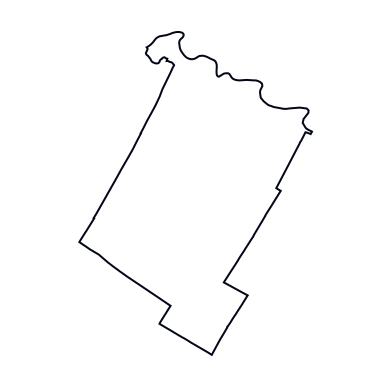 the district of Buesti, Ialomita, Romania, rotated 20°
{"feature_id": "2599482B7791464511961", "entity_name": "Buesti", "entity_type": "district", "adm_level": 2, "iso_a3": "ROU", "parent_name": "Romania", "parent_adm1": "Ialomita", "projection": "natural_earth1", "projection_center": [27.179, 44.521], "detail": "fine", "context": "isolated", "style": "outline", "palette": "ink", "viewbox_px": 384, "rotation_deg": 20, "n_neighbors": 0, "source": "geoboundaries", "source_scale": "gbopen_adm2", "svg_char_len": 4004}
<svg xmlns="http://www.w3.org/2000/svg" viewBox="0 0 384 384"><g transform="rotate(20 192 192)"><path d="M279.7,270.1L277.5,269.8L272.0,269.0L257.1,266.7L252.9,266.1L253.0,265.1L253.7,262.3L253.7,262.1L254.8,257.3L256.1,251.6L257.2,246.9L258.7,240.2L258.7,239.7L258.9,239.0L259.4,236.3L260.7,230.9L261.3,228.2L261.6,226.6L262.7,221.9L263.8,216.9L264.8,212.8L264.9,212.0L264.8,211.9L264.8,211.7L266.1,204.8L267.9,195.5L268.7,191.1L269.1,189.2L268.9,188.9L271.0,179.6L272.0,174.8L273.0,169.9L274.1,164.9L275.0,160.6L269.9,159.6L273.3,134.3L276.1,113.0L276.6,109.0L276.6,108.6L276.5,108.1L276.8,107.6L277.0,107.1L277.6,102.1L277.9,99.6L278.1,98.1L278.2,97.1L278.6,97.1L279.0,97.1L279.3,96.9L281.7,96.9L282.7,96.9L283.7,96.9L283.7,96.6L284.0,95.2L284.1,94.2L282.0,94.0L280.1,93.8L278.0,93.3L277.3,93.1L276.0,92.2L274.8,91.2L273.9,90.4L272.4,89.3L271.9,85.2L274.3,77.8L273.6,75.4L271.3,74.3L264.5,75.8L255.5,79.9L252.1,81.7L249.3,82.6L246.0,83.1L243.2,83.6L241.4,83.9L239.7,84.2L237.4,84.1L235.8,84.2L234.3,84.2L233.0,83.9L230.2,82.9L228.2,82.2L225.7,80.7L224.5,80.0L223.3,78.0L221.7,74.8L221.4,72.8L221.7,70.2L221.9,68.3L220.6,66.2L218.6,65.4L215.9,65.1L213.8,65.3L211.8,66.0L209.8,66.6L205.3,67.9L203.1,68.8L201.0,69.8L199.9,70.3L198.8,70.7L197.7,71.2L195.0,71.7L193.3,71.8L191.4,71.5L189.5,70.5L188.2,69.3L186.7,68.3L185.4,68.1L184.1,68.5L182.9,69.0L181.7,69.7L181.0,70.4L180.3,71.3L179.4,72.5L178.6,73.4L178.0,74.4L176.8,74.5L175.7,73.9L174.7,72.5L174.1,71.1L173.5,69.4L172.9,67.3L172.3,65.4L171.8,64.2L171.0,63.0L170.0,61.8L169.8,61.7L169.2,61.2L168.1,60.7L167.2,60.6L165.3,60.5L163.6,60.4L161.6,60.1L159.8,59.9L158.5,59.9L156.6,60.0L154.8,60.5L154.0,60.9L152.4,61.7L151.4,62.8L150.3,64.3L149.1,65.7L147.1,67.0L145.4,67.6L143.8,67.8L141.3,67.6L139.7,67.1L137.7,66.1L136.1,65.1L134.8,64.1L133.2,63.0L131.7,61.3L130.8,59.8L129.2,56.8L128.6,54.9L128.7,53.3L129.4,51.6L130.2,50.3L130.6,48.8L130.5,47.2L129.6,46.2L128.4,45.7L126.7,45.8L124.9,46.1L123.4,46.7L122.4,47.2L120.7,48.2L119.1,49.4L117.1,51.2L115.3,52.6L113.9,53.6L111.4,55.0L109.7,56.0L108.3,56.8L106.7,58.5L105.5,60.4L104.6,63.2L104.0,65.1L102.8,67.6L101.6,69.5L100.7,70.6L99.9,71.6L100.3,71.9L100.8,72.2L101.3,72.6L101.4,73.0L101.4,73.4L101.3,75.2L101.2,77.4L101.8,78.0L102.4,78.6L103.3,78.9L103.8,79.1L104.3,79.2L104.9,79.6L106.1,80.4L106.7,80.7L107.3,81.1L107.6,81.4L108.0,81.9L108.5,82.3L109.0,82.7L109.5,83.0L110.5,83.5L111.4,83.5L112.3,83.6L113.0,83.6L113.7,83.6L114.3,83.5L115.6,82.9L116.4,82.4L116.6,81.8L116.9,81.2L116.9,80.3L116.9,79.4L117.1,78.8L117.4,78.1L117.9,77.4L118.2,77.0L118.4,76.4L118.7,75.8L119.5,75.2L119.9,74.9L120.1,74.8L120.4,74.9L120.9,75.0L121.4,75.2L122.2,75.3L123.2,75.2L123.4,77.6L123.8,77.4L124.5,77.1L124.8,77.1L125.1,77.1L125.8,77.3L126.5,77.4L127.6,77.2L128.6,77.2L129.7,77.6L130.8,78.3L131.4,78.5L131.8,78.9L131.5,81.0L131.3,82.1L131.3,83.0L131.2,84.0L131.0,86.8L130.7,90.0L129.1,105.0L129.0,109.2L129.0,113.0L128.7,116.4L128.4,119.7L128.2,122.0L127.9,124.4L126.7,132.5L125.4,140.7L124.6,147.6L123.7,154.5L124.0,154.5L123.5,158.0L123.4,159.0L123.2,160.1L122.5,165.7L122.4,166.7L122.2,168.2L122.1,169.4L121.6,173.2L121.3,175.0L121.0,176.6L120.6,179.2L119.9,183.2L119.1,187.6L118.7,190.0L117.9,194.4L116.5,203.5L111.8,231.8L111.1,235.9L110.4,240.1L109.4,245.9L108.5,250.2L109.1,250.3L106.2,264.0L105.5,266.9L103.6,275.8L103.3,277.6L106.8,278.5L111.3,279.6L115.7,280.8L123.7,282.3L125.6,282.6L128.5,283.7L137.0,286.9L143.6,289.0L151.8,291.4L159.7,293.6L164.2,294.7L171.9,296.6L179.6,298.5L191.7,301.5L210.8,306.3L209.9,310.2L209.1,314.2L208.2,318.2L207.4,322.0L206.6,325.8L206.5,327.0L212.8,328.2L219.3,329.4L223.8,330.3L232.4,331.9L234.8,332.2L239.4,333.1L241.0,333.5L243.4,334.0L250.1,335.2L257.4,336.5L262.8,337.5L266.3,338.3L266.9,334.1L268.3,324.7L268.9,320.7L269.6,317.4L271.5,307.2L271.2,306.8L271.6,305.7L272.4,303.0L272.9,300.7L273.5,297.6L274.2,294.6L274.8,292.4L275.5,289.2L276.0,286.9L276.4,285.3L277.4,281.0L278.5,275.6L279.5,270.9L279.7,270.1Z" fill="none" stroke="#020617" stroke-width="2"/></g></svg>